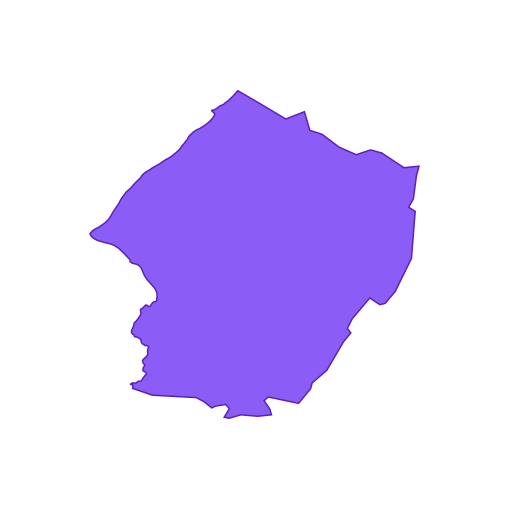 the district of Gavar, Gegharkunik, Armenia, rotated 227°
{"feature_id": "60910142B38789049969589", "entity_name": "Gavar", "entity_type": "district", "adm_level": 2, "iso_a3": "ARM", "parent_name": "Armenia", "parent_adm1": "Gegharkunik", "projection": "mercator", "projection_center": [45.138, 40.338], "detail": "fine", "context": "isolated", "style": "filled", "palette": "violet", "viewbox_px": 512, "rotation_deg": 227, "n_neighbors": 0, "source": "geoboundaries", "source_scale": "gbopen_adm2", "svg_char_len": 6011}
<svg xmlns="http://www.w3.org/2000/svg" viewBox="0 0 512 512"><g transform="rotate(227 256 256)"><path d="M124.1,229.7L133.7,262.0L135.1,272.9L140.8,273.5L144.4,283.3L147.0,304.6L147.7,310.6L135.9,313.4L133.3,318.1L133.3,318.4L133.4,319.4L134.7,330.1L135.1,333.6L148.2,368.0L180.1,402.9L187.6,400.9L190.4,410.0L205.4,428.2L210.5,436.5L219.7,424.4L245.7,418.2L255.5,412.1L261.7,398.4L279.0,391.0L300.0,387.3L311.2,381.1L328.5,389.8L335.9,371.2L365.6,362.6L389.3,355.4L389.0,352.9L388.6,348.8L388.6,347.6L388.6,346.0L388.6,344.3L388.5,343.0L388.6,341.2L388.8,339.3L389.1,337.6L389.0,336.2L389.1,335.5L389.2,334.9L389.4,334.3L390.0,333.2L390.2,332.3L390.4,331.3L390.7,328.1L390.9,327.1L391.1,326.1L391.3,325.3L391.6,324.7L391.9,324.3L392.2,324.0L392.4,323.6L392.6,323.1L392.5,322.8L392.4,322.7L392.0,322.6L391.2,322.7L389.7,322.8L389.1,322.8L388.4,322.7L388.0,322.4L387.6,322.1L387.2,321.4L387.0,320.9L386.5,318.8L386.2,316.6L386.1,314.8L386.0,313.0L386.2,310.6L386.6,307.1L386.8,306.2L387.0,305.2L387.2,304.2L387.5,302.1L387.7,301.6L388.1,300.4L388.4,299.7L388.8,298.1L389.0,297.1L389.3,295.2L389.4,294.3L389.4,292.8L389.4,290.7L389.3,289.0L389.1,288.1L388.8,287.2L388.2,285.7L388.1,285.1L388.0,284.4L387.9,283.1L387.8,282.6L387.6,281.7L387.4,281.0L387.3,279.8L387.2,278.2L387.1,277.6L386.6,275.3L386.4,274.3L386.3,273.4L386.1,272.4L386.1,271.4L386.1,270.4L386.1,268.1L386.5,263.0L386.6,262.1L386.7,261.1L387.1,259.3L387.6,257.1L388.1,255.5L388.3,254.3L388.5,253.0L388.7,251.8L388.8,250.5L388.9,250.0L389.3,247.8L389.8,245.6L390.8,241.7L391.2,240.1L391.3,239.1L391.4,238.2L391.4,237.6L391.8,236.0L392.0,235.0L392.3,233.8L392.6,232.4L392.7,231.4L392.8,230.1L392.7,228.1L392.6,227.3L392.4,226.7L392.1,225.6L391.9,224.7L391.9,223.6L391.9,221.6L391.9,219.1L391.7,215.8L391.6,214.5L391.3,212.4L391.2,211.5L391.1,210.4L391.1,209.4L391.2,208.6L391.3,205.6L391.3,204.5L390.9,202.9L390.8,202.4L390.7,201.7L390.6,201.0L390.5,200.1L390.1,198.7L390.0,198.0L389.9,197.2L389.7,196.4L389.0,194.2L388.3,192.3L387.9,191.0L387.6,189.8L387.3,188.8L386.7,185.9L386.2,184.2L386.0,183.3L385.9,182.5L385.4,180.5L384.7,178.5L384.4,177.5L384.1,176.4L383.8,175.3L383.6,174.3L383.4,173.1L383.3,172.4L383.3,171.5L383.2,170.1L383.2,169.4L383.2,168.4L383.3,167.4L383.6,165.5L383.8,163.9L384.2,161.3L384.3,160.4L384.7,159.2L385.2,157.7L385.6,155.9L385.8,155.2L385.8,154.5L385.9,153.5L385.9,152.9L385.7,151.5L385.7,151.0L385.7,150.4L385.6,150.1L385.4,149.8L385.0,149.5L384.5,149.3L383.9,149.2L382.8,149.1L382.2,149.1L381.3,149.1L380.3,149.2L378.7,149.6L377.4,150.0L376.4,150.4L375.2,150.9L374.1,151.5L373.3,152.0L372.1,152.8L371.4,153.2L369.7,154.0L367.9,155.3L367.1,155.9L364.7,157.4L362.3,158.7L361.2,159.2L360.3,159.5L359.1,159.8L356.7,160.5L355.2,160.8L352.9,161.0L351.1,161.1L349.2,161.2L342.4,161.3L341.4,161.3L339.8,161.2L339.2,161.1L338.7,161.0L338.4,160.8L337.7,160.0L337.3,160.1L336.9,160.3L336.5,160.4L335.8,160.4L335.4,160.4L335.1,160.6L334.5,160.9L333.4,161.8L332.0,162.6L331.5,162.9L330.8,163.3L330.0,163.6L329.2,163.8L328.4,163.9L327.5,164.0L326.6,163.9L325.7,163.8L325.0,163.7L324.2,163.4L323.5,163.2L320.1,161.9L317.9,161.1L316.9,160.9L314.9,160.5L313.9,160.4L311.8,160.2L307.7,160.1L302.9,160.0L301.9,159.9L301.0,159.8L300.4,159.7L298.6,159.2L297.9,158.9L297.2,158.5L296.5,158.1L295.6,157.6L294.9,157.0L294.1,156.2L293.4,155.4L292.8,154.7L291.5,153.2L291.3,152.9L291.1,152.5L291.0,152.1L291.1,151.7L291.2,151.4L292.2,149.9L292.3,149.6L292.4,149.3L292.4,148.4L292.3,148.0L292.1,147.1L291.8,145.9L291.6,144.9L291.5,144.4L291.6,144.0L291.8,143.6L292.0,143.4L292.3,143.2L292.7,143.0L294.4,142.6L294.8,142.5L295.0,142.3L295.3,142.0L295.4,141.5L295.5,141.0L295.4,139.8L295.2,138.6L295.2,137.6L295.3,137.2L295.4,136.7L295.5,136.3L295.7,135.9L295.7,135.6L295.7,135.2L295.5,134.9L295.3,134.6L294.7,134.1L293.9,133.8L293.1,133.0L292.8,132.8L292.5,132.7L292.2,132.5L292.0,132.2L291.8,131.8L291.6,131.2L291.4,130.1L291.0,128.5L290.7,127.2L290.4,126.2L290.3,125.0L290.1,124.4L290.1,124.0L290.1,123.5L290.1,123.1L290.2,122.6L290.2,122.1L290.0,121.3L289.8,120.7L289.5,120.3L288.9,119.6L288.6,119.2L288.3,118.7L287.9,118.1L287.3,116.3L287.0,115.7L286.8,115.2L286.3,114.0L285.8,113.5L285.5,113.2L284.9,112.8L284.4,112.6L283.7,112.5L283.1,112.6L282.6,112.6L282.2,112.7L281.8,112.8L281.5,112.9L280.7,112.4L280.4,112.3L280.1,112.3L279.7,112.3L279.3,112.4L278.9,112.7L278.1,113.4L277.7,113.7L275.8,114.4L274.7,114.6L274.0,114.7L273.3,114.6L272.8,114.4L272.1,113.9L271.6,113.6L271.2,113.4L270.6,113.2L270.0,113.1L269.4,113.1L269.0,113.1L268.0,113.4L267.3,113.6L266.6,113.6L266.2,113.8L265.8,114.1L265.6,114.4L265.4,114.7L265.2,115.0L264.6,115.4L264.3,115.5L263.0,115.4L262.7,115.4L262.5,115.2L262.3,114.8L262.2,114.5L262.1,114.0L261.8,113.6L261.5,113.1L260.9,112.3L260.5,111.8L259.6,111.1L259.0,110.7L258.5,110.3L258.1,109.9L257.8,109.4L257.5,109.0L257.4,108.4L257.3,107.7L257.2,106.0L257.3,105.2L257.2,103.0L257.1,102.0L256.9,101.7L256.7,101.5L256.0,101.0L255.5,100.8L254.9,100.6L254.4,100.4L253.9,100.3L253.5,100.3L253.0,100.3L252.2,100.5L252.0,100.3L251.8,100.1L251.6,99.3L251.5,98.2L251.3,97.5L250.9,97.0L249.9,95.7L249.5,95.3L249.0,95.2L248.5,95.2L247.6,95.6L245.8,95.9L245.3,95.9L244.9,95.8L244.6,95.5L244.4,95.2L244.2,94.9L244.3,94.4L244.4,93.9L244.3,92.8L244.1,92.3L244.0,91.7L244.0,91.2L243.9,90.6L243.6,89.3L243.1,87.9L243.0,87.5L243.0,87.1L243.0,86.8L243.1,86.4L243.4,86.0L243.7,85.5L244.5,84.8L244.7,84.5L244.9,83.6L244.9,83.2L244.8,82.3L244.9,82.0L245.0,81.6L245.7,80.8L246.7,79.8L247.2,79.3L247.5,78.9L247.6,78.5L247.7,78.1L247.9,77.3L247.8,77.0L247.7,76.8L247.6,76.7L247.4,76.7L247.2,76.9L246.8,77.7L246.6,77.9L246.4,78.0L246.1,78.0L245.9,77.9L245.7,77.6L245.4,77.4L244.9,77.3L244.7,77.2L244.4,76.9L244.2,76.5L243.5,76.0L243.4,75.8L243.2,75.5L225.0,85.2L193.1,115.8L184.8,118.6L175.1,120.0L173.7,124.2L168.2,132.5L162.6,132.5L159.8,122.8L155.7,125.6L150.1,136.7L137.7,147.9L129.3,159.0L134.9,161.8L144.6,163.2L144.6,168.7L119.2,186.7L121.7,205.4L124.9,210.6L124.1,229.7Z" fill="#8b5cf6" stroke="#5b21b6" stroke-width="1.5"/></g></svg>